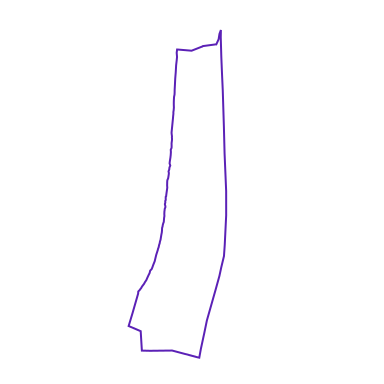 San Mateo del Mar, Oaxaca, Mexico, rotated 279°
{"feature_id": "50627088B86226245749853", "entity_name": "San Mateo del Mar", "entity_type": "district", "adm_level": 2, "iso_a3": "MEX", "parent_name": "Mexico", "parent_adm1": "Oaxaca", "projection": "albers", "projection_center": [-95.034, 16.21], "detail": "fine", "context": "isolated", "style": "outline", "palette": "violet", "viewbox_px": 384, "rotation_deg": 279, "n_neighbors": 0, "source": "geoboundaries", "source_scale": "gbopen_adm2", "svg_char_len": 1917}
<svg xmlns="http://www.w3.org/2000/svg" viewBox="0 0 384 384"><g transform="rotate(279 192 192)"><path d="M28.6,175.4L32.3,197.2L29.6,223.3L29.5,225.1L38.3,225.3L54.7,226.2L67.5,226.8L99.2,230.6L113.3,232.2L122.3,232.7L133.7,233.6L145.0,232.6L174.3,229.4L198.2,225.6L235.4,218.1L261.4,213.3L297.1,206.5L313.7,203.1L330.1,199.8L349.3,196.2L356.5,195.2L352.5,194.4L347.0,194.4L341.6,192.9L341.6,192.6L337.8,179.9L337.3,179.5L337.2,179.2L331.5,169.5L330.5,155.9L330.4,155.0L327.1,155.1L323.0,156.1L319.5,156.3L314.7,156.5L307.8,157.2L301.3,157.7L294.9,158.4L290.1,158.9L287.4,159.3L285.4,159.5L283.1,159.4L280.1,159.7L277.7,160.0L275.2,160.4L272.6,160.9L270.0,161.1L268.0,161.1L266.3,161.4L264.1,161.5L261.4,161.7L247.7,162.5L246.6,162.7L245.2,163.1L243.9,163.5L242.7,163.6L241.6,163.9L240.1,164.1L236.9,164.2L235.8,164.4L234.1,164.7L232.4,164.9L230.4,164.4L228.2,164.9L225.1,165.2L222.6,165.3L219.3,165.3L218.7,165.3L216.7,165.4L214.7,166.4L212.7,165.9L210.7,166.0L208.7,165.6L207.1,166.2L205.6,166.3L203.4,166.3L201.8,166.3L199.8,165.8L198.3,165.9L194.6,166.4L192.4,166.9L186.5,167.0L183.6,167.1L183.1,166.8L182.5,166.9L181.7,167.0L180.0,167.3L179.1,167.0L178.3,167.1L177.2,167.3L175.8,167.1L175.0,167.4L173.9,167.9L172.8,168.1L171.0,167.7L169.6,167.8L168.5,167.8L165.9,168.1L164.0,168.5L163.1,168.5L162.0,168.5L160.7,168.6L159.5,168.7L158.0,168.8L156.6,168.5L154.9,168.3L153.3,168.3L151.9,168.1L150.7,168.2L149.2,168.4L147.2,168.5L144.7,168.4L139.9,168.4L138.0,168.1L136.3,168.1L134.5,167.8L132.2,167.7L130.3,167.3L129.5,167.3L124.3,166.5L120.6,166.2L117.8,166.0L115.6,165.5L113.3,165.0L111.6,164.7L109.8,164.3L109.2,164.0L107.8,163.0L105.3,162.8L103.1,162.1L101.7,161.7L99.9,161.2L97.9,160.7L95.3,159.5L94.0,159.1L90.8,157.4L89.1,156.8L87.9,156.1L86.7,155.5L85.8,154.8L85.3,154.5L84.2,154.6L83.3,154.7L63.0,152.2L49.7,150.4L46.5,163.1L27.5,167.3L28.6,175.4Z" fill="none" stroke="#5b21b6" stroke-width="2"/></g></svg>